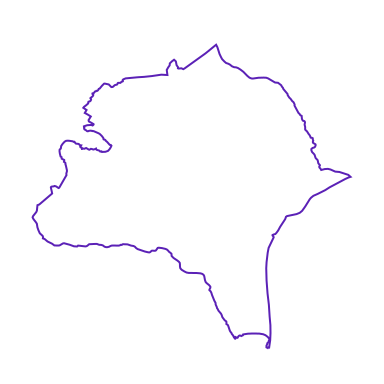 the district of Thuan Bac, Ninh Thuận, Vietnam, rotated 95°
{"feature_id": "81297802B93158398760307", "entity_name": "Thuan Bac", "entity_type": "district", "adm_level": 2, "iso_a3": "VNM", "parent_name": "Vietnam", "parent_adm1": "Ninh Thuận", "projection": "albers", "projection_center": [109.083, 11.744], "detail": "fine", "context": "isolated", "style": "outline", "palette": "violet", "viewbox_px": 384, "rotation_deg": 95, "n_neighbors": 0, "source": "geoboundaries", "source_scale": "gbopen_adm2", "svg_char_len": 5986}
<svg xmlns="http://www.w3.org/2000/svg" viewBox="0 0 384 384"><g transform="rotate(95 192 192)"><path d="M84.6,268.0L85.8,270.3L86.5,270.8L87.4,270.5L87.7,270.5L88.0,270.8L88.3,271.8L89.5,272.8L89.7,275.1L90.1,275.5L90.9,275.7L91.6,276.2L92.0,277.6L92.4,278.4L93.8,279.6L94.3,280.3L94.5,281.5L92.1,284.3L91.6,288.4L91.8,289.1L94.1,291.0L97.0,293.0L97.4,293.9L98.5,294.3L99.4,295.0L99.5,296.1L100.0,296.4L100.4,297.5L101.7,298.2L102.2,298.9L102.4,299.7L102.9,299.8L103.8,298.8L104.0,298.8L104.5,298.9L105.4,299.4L107.3,301.4L107.5,301.4L108.4,300.6L109.7,300.8L110.5,301.5L111.1,303.0L111.7,303.2L112.6,303.1L112.9,303.2L114.8,305.0L116.6,307.0L117.6,307.6L119.5,304.2L122.6,305.7L123.9,302.7L125.6,299.4L129.4,301.3L130.7,300.9L132.0,297.9L132.6,296.8L132.8,296.1L133.2,295.9L133.7,296.1L134.4,296.8L134.0,298.2L134.6,302.2L136.0,305.4L137.0,305.2L137.4,304.8L138.4,305.0L139.1,304.4L139.7,303.0L140.5,301.9L140.6,301.0L140.2,300.3L139.9,299.3L139.7,298.0L140.0,296.6L139.8,296.3L140.0,295.1L141.6,290.3L142.2,289.0L143.9,286.9L145.6,285.3L146.2,284.9L146.8,284.9L147.3,284.6L147.5,283.4L147.8,282.8L148.4,282.5L149.5,280.9L152.2,278.1L152.2,277.0L152.7,276.7L153.0,276.3L154.7,276.9L156.6,277.9L158.4,279.3L159.5,281.8L159.9,284.9L159.9,285.4L159.4,285.7L159.7,286.6L159.7,287.0L158.9,287.8L158.3,290.6L158.1,290.9L157.1,291.4L157.6,292.0L158.3,294.1L157.9,295.4L157.8,296.5L158.8,297.8L158.7,298.6L157.4,301.3L158.3,303.0L158.2,304.3L158.6,304.9L158.7,305.4L157.5,305.7L157.2,306.9L156.7,307.3L155.2,306.5L155.1,307.8L154.0,309.1L153.9,311.8L153.7,312.2L152.2,313.5L152.4,314.3L151.9,315.2L151.7,318.4L151.7,320.1L152.0,321.9L153.0,323.3L155.2,325.0L157.5,326.3L160.2,326.5L161.2,327.5L161.6,327.6L163.1,327.5L165.2,327.0L168.1,326.0L168.6,325.0L170.2,324.7L171.2,322.1L171.6,322.0L173.1,322.2L173.9,320.8L174.3,320.6L175.8,320.4L176.2,320.1L181.2,318.5L182.3,318.4L184.5,318.8L185.4,318.7L186.1,318.5L199.0,324.5L199.6,325.0L199.7,325.3L198.4,327.6L198.1,328.6L198.0,329.6L198.4,330.1L198.8,332.1L199.1,332.7L199.6,333.0L200.5,332.8L203.2,331.9L205.7,331.2L216.8,342.1L217.8,343.1L218.6,344.8L224.1,344.9L225.6,345.4L229.8,348.2L231.1,348.6L232.0,348.1L233.0,347.4L235.8,344.8L237.1,343.8L240.7,342.9L243.6,341.6L246.4,340.0L248.7,337.0L250.0,336.4L251.2,336.5L251.7,334.7L253.9,331.6L255.7,326.9L257.2,324.5L257.2,323.7L257.0,320.4L256.7,319.2L254.5,316.1L254.2,315.0L255.2,309.3L256.4,304.8L256.3,301.9L256.2,301.5L255.3,300.8L255.5,293.4L255.2,292.4L254.7,291.6L253.0,289.9L252.3,284.9L252.0,282.3L252.7,279.8L252.6,278.1L252.8,276.9L253.0,276.1L254.1,274.4L254.4,273.0L254.4,271.8L253.8,269.9L252.9,268.5L252.4,267.4L252.2,266.0L251.8,260.3L251.4,259.2L250.8,258.3L250.9,257.9L250.8,257.3L250.2,256.7L250.0,256.0L249.8,251.6L250.7,248.0L250.9,245.5L251.5,244.1L252.7,242.8L253.6,241.2L255.4,233.8L255.9,230.4L255.9,229.1L255.5,228.4L254.2,227.2L253.9,226.7L253.8,223.7L253.3,222.8L250.7,221.3L250.4,220.3L250.5,217.0L251.0,213.5L251.5,212.0L252.4,210.8L253.6,209.6L254.6,208.0L255.3,207.1L257.5,206.7L258.5,205.6L259.4,204.5L261.5,200.7L262.7,198.9L263.7,198.0L265.2,197.7L267.2,197.5L268.8,197.1L269.5,196.5L270.4,195.5L271.8,192.7L272.7,190.4L272.9,188.2L272.3,180.3L272.3,176.4L272.7,174.6L273.5,173.3L274.7,172.5L278.6,171.4L280.4,170.6L281.4,169.6L283.3,166.8L284.3,165.8L284.9,165.4L285.9,165.4L287.3,166.0L288.1,166.2L288.8,165.5L289.3,164.8L290.8,163.9L292.8,163.1L298.3,160.3L300.4,158.9L302.1,158.6L304.4,157.3L305.6,156.9L306.2,156.3L307.9,155.3L310.7,152.5L311.8,151.8L314.1,150.8L315.0,150.0L317.0,148.2L317.6,147.1L318.0,146.6L318.4,146.4L320.6,146.2L321.3,144.8L322.3,144.2L326.9,142.2L328.0,141.4L329.0,140.4L329.9,140.0L331.3,138.6L333.2,137.5L335.0,135.6L333.4,136.6L333.2,136.6L332.6,136.3L332.9,135.5L333.3,134.1L333.1,133.8L331.9,133.3L331.1,132.6L330.8,132.0L330.8,131.7L330.9,130.8L331.2,130.4L330.3,128.8L329.5,128.7L329.2,127.7L328.3,124.0L327.7,119.4L327.2,112.7L327.5,108.7L328.2,106.5L328.8,105.4L329.9,103.8L330.9,102.8L332.1,101.9L332.9,101.9L333.2,102.4L333.5,102.5L334.0,102.2L334.9,102.2L335.0,102.3L335.1,103.1L336.1,103.8L337.4,103.9L338.4,104.4L339.0,104.4L340.3,104.3L340.5,103.9L340.5,103.4L340.8,102.9L340.1,102.5L340.2,101.6L332.9,101.2L325.7,101.5L317.8,102.3L309.4,103.8L297.6,105.6L286.5,107.9L273.7,110.0L261.5,111.4L255.4,111.6L245.9,111.3L241.0,110.8L230.1,106.7L229.6,106.8L228.3,108.0L227.8,108.0L227.1,106.7L226.6,105.3L225.3,104.3L222.8,102.8L218.9,101.1L210.9,96.8L208.5,96.2L207.7,95.2L204.9,85.9L203.3,82.8L201.1,80.6L196.5,77.9L189.0,74.1L187.3,72.9L185.2,70.7L183.0,66.7L178.5,59.4L175.4,55.4L165.7,40.5L163.9,37.3L163.1,35.4L161.3,37.8L159.2,46.9L159.2,51.1L157.5,56.0L157.1,58.6L157.6,61.8L158.8,65.2L157.6,66.0L156.6,67.1L156.0,67.4L155.4,67.4L154.5,66.9L154.0,67.0L152.9,68.2L152.3,68.7L149.9,69.4L149.1,69.8L147.6,71.6L147.0,72.0L144.5,73.0L143.5,73.8L141.8,75.8L140.5,76.5L139.7,76.8L138.7,76.8L137.6,75.7L137.1,74.3L136.3,73.4L135.1,73.0L134.4,72.9L133.7,73.2L132.7,75.3L132.3,75.8L131.5,76.0L130.2,75.7L129.4,76.2L127.9,76.4L127.6,77.1L127.5,78.5L125.7,79.4L125.0,79.9L124.0,80.9L121.6,82.7L120.3,84.4L119.5,84.8L118.4,84.8L117.1,85.0L115.1,85.7L112.9,85.5L112.5,85.6L111.9,85.9L111.5,86.5L111.4,87.5L111.1,87.9L110.3,88.5L109.4,88.9L106.6,89.4L106.2,90.4L105.7,91.1L104.8,91.7L104.0,92.8L97.0,97.4L95.9,97.4L93.8,98.6L92.6,100.2L91.4,101.2L90.4,102.1L89.6,103.2L88.6,104.0L87.2,105.1L86.0,105.4L81.4,110.0L80.3,110.5L79.1,111.7L77.9,112.4L75.7,115.8L75.7,118.8L72.2,126.1L71.7,128.0L71.8,130.5L72.4,135.7L73.7,141.3L73.7,142.7L73.1,144.7L71.5,147.0L67.8,151.3L65.9,154.3L64.5,157.0L64.0,158.9L64.0,160.9L63.3,163.1L61.8,165.3L61.1,166.9L60.5,169.3L59.2,171.1L57.0,173.6L55.0,174.9L52.1,176.6L45.6,179.3L43.2,180.8L52.7,190.6L69.5,210.1L70.4,211.4L69.7,213.3L70.2,216.2L70.0,216.8L68.9,216.8L67.0,218.4L63.5,219.4L63.0,219.8L61.8,221.4L63.6,223.4L65.8,225.3L67.8,225.3L69.8,226.5L72.6,227.8L77.6,226.7L77.8,232.8L80.0,242.1L81.5,249.9L82.4,255.9L84.6,268.0Z" fill="none" stroke="#5b21b6" stroke-width="2"/></g></svg>